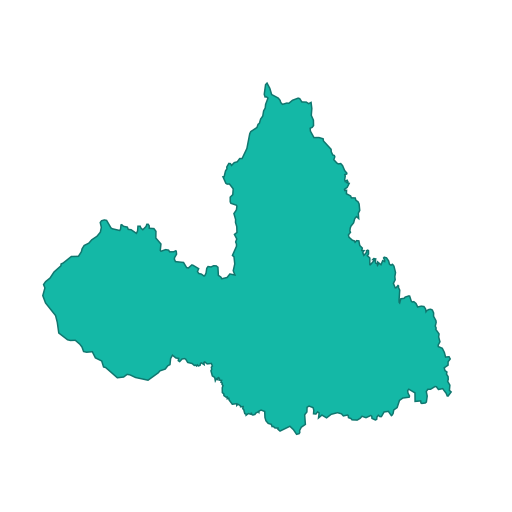 'Maoa-Mafubelu, Leribe, Lesotho, rotated 186°
{"feature_id": "5366337B41194073686106", "entity_name": "'Maoa-Mafubelu", "entity_type": "district", "adm_level": 2, "iso_a3": "LSO", "parent_name": "Lesotho", "parent_adm1": "Leribe", "projection": "equal_earth", "projection_center": [28.202, -28.958], "detail": "fine", "context": "isolated", "style": "filled", "palette": "teal", "viewbox_px": 512, "rotation_deg": 186, "n_neighbors": 0, "source": "geoboundaries", "source_scale": "gbopen_adm2", "svg_char_len": 6073}
<svg xmlns="http://www.w3.org/2000/svg" viewBox="0 0 512 512"><g transform="rotate(186 256 256)"><path d="M464.3,205.4L462.6,202.2L463.9,194.3L460.4,187.3L449.1,175.8L446.7,169.3L444.1,158.8L434.7,153.0L431.8,152.6L426.9,153.3L421.9,149.8L419.5,147.2L417.5,143.0L414.5,142.6L408.8,143.7L405.1,137.9L398.5,135.5L396.0,129.7L393.9,129.4L381.2,120.4L375.0,121.8L371.8,124.8L368.8,124.6L363.2,122.6L350.4,121.2L340.9,129.7L339.6,131.7L334.4,134.1L332.3,137.6L330.2,139.0L330.2,145.1L328.7,148.6L325.0,146.2L322.2,146.1L322.4,143.8L320.9,143.0L318.7,145.9L316.3,146.5L315.0,145.9L312.8,143.0L308.3,142.4L305.9,140.7L304.6,141.2L303.7,140.4L302.9,141.6L301.9,140.6L300.2,141.4L299.9,143.4L299.2,144.0L296.2,142.5L296.7,144.7L295.9,145.3L293.3,143.6L289.2,144.5L287.9,142.0L288.8,140.7L288.2,138.8L288.8,137.1L286.9,132.2L284.4,130.9L283.4,127.6L282.5,129.8L281.1,129.0L281.1,130.9L280.5,131.2L279.6,130.3L279.3,128.7L277.2,128.7L277.7,126.8L276.2,126.0L276.4,124.8L275.3,123.7L275.8,121.4L275.2,116.6L273.6,115.5L273.3,113.8L271.0,112.5L270.0,112.8L269.7,111.0L268.3,111.7L267.7,110.0L264.1,106.1L259.8,107.1L259.5,105.4L258.5,106.7L255.9,105.5L255.6,104.4L253.1,104.9L253.2,102.7L252.2,102.1L250.7,98.1L249.4,97.7L249.2,96.6L247.2,98.5L244.5,98.1L244.2,99.7L243.7,98.0L242.5,97.5L240.5,98.3L239.7,99.8L237.3,101.4L236.8,100.8L236.7,102.2L234.8,103.3L231.1,102.3L230.2,96.3L228.9,93.2L226.4,90.8L223.2,90.2L222.2,88.0L221.0,88.3L219.2,87.0L216.0,87.1L216.1,86.0L213.8,84.4L204.5,90.2L200.6,87.2L197.0,82.9L194.6,83.8L194.0,85.0L194.4,87.0L193.1,90.4L189.3,93.7L191.0,103.2L189.1,106.2L189.4,110.9L187.6,112.3L183.4,111.2L182.4,108.7L182.3,105.1L179.9,105.1L178.5,107.4L176.8,106.5L176.9,101.5L173.8,104.7L168.9,102.4L164.7,106.4L158.6,108.7L154.5,108.0L152.4,106.1L148.4,107.4L147.7,107.1L147.1,104.9L144.6,104.3L143.4,103.1L138.2,103.4L135.5,105.4L133.8,107.7L129.7,106.7L125.2,109.4L124.1,108.7L123.7,106.6L120.1,105.4L118.9,106.2L118.9,108.5L117.7,110.4L115.9,109.2L114.5,109.4L112.3,114.3L108.1,115.3L104.7,111.4L104.0,112.0L103.2,113.7L102.9,117.3L99.8,120.0L98.2,127.4L95.1,130.1L88.9,131.6L88.7,132.8L90.5,135.5L91.1,138.0L90.1,139.5L83.6,136.5L82.6,128.0L77.1,129.1L76.6,127.1L75.7,126.7L72.3,127.5L71.3,128.6L71.1,134.6L72.5,139.0L71.2,141.4L68.5,141.7L64.3,144.9L62.9,144.8L60.6,142.3L56.5,143.6L52.5,139.3L51.2,136.8L50.3,136.8L47.7,141.2L49.6,142.6L49.7,147.8L52.3,151.4L51.9,153.4L52.4,156.2L54.2,158.4L54.0,160.6L56.1,161.8L57.1,164.5L53.6,167.5L53.9,170.9L52.1,173.9L53.5,176.0L56.9,175.3L58.6,179.8L61.1,183.7L65.3,185.0L65.5,186.5L64.1,189.9L65.9,194.6L65.8,197.6L69.6,201.9L69.3,203.2L70.4,205.0L69.9,208.8L70.3,210.5L73.1,214.6L73.4,217.9L75.0,220.7L76.7,221.3L78.4,220.9L80.3,219.7L81.1,218.3L81.9,221.2L83.7,223.3L86.4,223.4L89.9,222.2L91.9,225.5L94.3,227.1L95.8,226.6L96.9,227.4L99.0,232.2L99.8,232.3L103.4,230.7L104.2,229.4L107.5,228.6L108.2,224.3L108.8,224.9L109.1,227.0L109.5,237.1L111.0,239.5L111.1,241.1L111.7,241.5L113.3,239.1L114.2,238.9L116.5,243.1L115.1,246.9L115.8,250.0L115.5,254.1L117.7,260.2L118.7,261.4L119.6,262.0L120.7,260.9L122.4,261.8L123.6,265.0L126.0,267.8L128.3,268.2L128.9,267.4L127.5,265.0L127.5,263.9L129.5,264.6L130.8,260.4L134.3,262.7L133.6,260.4L134.2,259.4L134.8,261.3L136.2,261.4L136.9,263.9L136.6,265.6L138.6,265.8L139.5,264.6L138.4,264.6L138.2,263.7L141.4,259.2L141.9,259.3L142.6,265.9L145.3,267.9L144.3,269.8L144.7,273.1L145.5,273.5L146.7,272.8L146.4,271.3L148.8,267.9L150.2,270.5L149.2,272.6L151.4,272.5L151.1,275.0L153.9,277.3L155.3,281.8L157.6,281.8L158.9,280.0L159.9,281.4L161.7,281.7L165.5,284.4L166.3,286.6L164.5,289.5L165.3,290.8L165.2,293.7L164.7,295.6L162.4,299.2L161.7,303.5L160.2,305.7L157.8,304.0L158.7,309.3L157.6,312.2L158.9,318.5L160.2,320.6L162.5,321.9L163.4,324.1L167.2,323.8L168.2,325.6L172.6,327.4L172.8,330.8L174.5,330.4L175.0,331.6L172.5,333.8L170.9,338.0L173.4,338.5L172.4,339.5L173.3,340.9L175.1,339.6L175.8,341.2L175.6,344.8L176.2,346.3L174.4,347.0L174.3,347.9L176.8,350.3L179.4,355.0L181.4,356.8L183.7,356.2L185.0,356.7L188.7,359.9L188.0,362.9L188.6,364.1L190.2,364.5L192.0,367.4L192.5,370.0L200.9,377.4L201.5,379.6L205.8,380.4L210.7,379.8L214.9,385.8L215.5,388.7L213.6,389.8L212.4,391.7L213.1,397.1L215.7,401.6L215.9,408.5L217.3,414.5L219.6,413.0L222.1,414.3L226.5,414.0L229.0,417.1L230.6,417.4L236.0,414.7L239.3,411.3L241.4,411.3L245.5,409.6L247.5,411.3L248.3,413.3L250.4,415.4L257.3,418.2L259.8,424.2L263.1,429.1L264.4,427.4L264.7,417.7L263.6,415.1L262.3,415.4L260.6,414.3L262.3,407.8L262.3,404.1L263.6,401.1L263.9,395.9L265.7,392.7L266.5,388.3L267.7,387.2L268.5,383.9L274.2,379.2L275.0,377.0L276.3,362.0L280.0,351.5L282.4,351.2L284.5,347.7L287.4,346.6L289.8,343.5L291.1,345.2L292.7,345.2L294.4,341.4L294.0,339.7L295.2,337.5L296.0,331.5L297.1,331.3L293.6,325.2L292.2,324.5L289.9,324.8L285.7,320.4L285.5,314.6L287.8,311.8L287.3,307.2L286.5,305.8L280.9,304.5L280.2,303.6L280.3,299.8L282.4,295.9L280.1,290.2L279.9,287.2L278.2,283.2L277.4,277.4L279.7,275.2L276.9,270.9L277.7,267.8L276.7,265.9L276.4,263.7L279.5,254.1L277.8,252.9L276.3,245.9L277.1,239.0L275.0,234.9L280.1,235.4L282.5,231.6L287.6,229.8L288.8,231.4L291.4,232.8L292.7,240.8L294.5,242.0L297.1,241.9L299.6,240.4L302.6,240.5L303.7,238.6L303.9,233.7L305.0,230.9L305.7,230.7L308.5,232.3L311.1,232.6L312.6,234.4L311.7,237.4L317.7,240.2L318.9,240.4L322.0,237.0L323.8,237.2L327.4,242.0L335.5,242.0L336.9,244.4L336.8,245.9L335.2,249.5L335.8,252.4L336.3,252.8L338.3,251.6L342.3,251.1L343.6,252.7L346.5,252.9L351.0,250.8L351.8,251.6L351.8,258.0L357.5,263.4L358.1,270.1L360.4,272.6L365.0,272.4L365.4,274.9L366.6,276.3L367.9,276.1L368.4,273.9L371.3,270.3L373.6,272.0L374.3,273.5L376.5,273.3L376.4,268.6L377.3,266.0L383.0,269.1L385.8,269.1L387.0,271.3L390.9,271.7L392.8,273.1L393.5,272.8L393.5,268.7L394.2,267.1L401.8,268.1L403.2,268.8L408.3,275.8L410.6,276.0L413.3,274.9L414.4,273.0L412.8,268.3L413.3,263.4L416.2,259.0L421.1,254.9L423.6,251.3L428.0,248.5L429.7,245.0L430.1,242.0L432.6,237.1L439.6,236.2L447.0,228.9L449.0,227.7L449.0,225.8L455.2,219.0L458.5,212.6L462.6,208.5L464.3,205.4Z" fill="#14b8a6" stroke="#0f766e" stroke-width="1.5"/></g></svg>